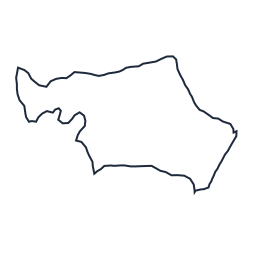 Vatili, Cyprus (Albers equal-area conic projection), rotated 266°
{"feature_id": "46923920B79733432634450", "entity_name": "Vatili", "entity_type": "district", "adm_level": 2, "iso_a3": "CYP", "parent_name": "Cyprus", "parent_adm1": "", "projection": "albers", "projection_center": [33.661, 35.144], "detail": "fine", "context": "isolated", "style": "outline", "palette": "slate", "viewbox_px": 256, "rotation_deg": 266, "n_neighbors": 0, "source": "geoboundaries", "source_scale": "gbopen_adm2", "svg_char_len": 1663}
<svg xmlns="http://www.w3.org/2000/svg" viewBox="0 0 256 256"><g transform="rotate(266 128 128)"><path d="M169.3,20.2L163.2,21.8L157.3,26.1L149.2,26.7L146.0,27.1L141.1,29.7L141.6,32.0L141.4,33.6L140.7,36.7L145.0,39.4L148.3,43.3L150.5,48.2L148.6,54.1L151.5,56.7L152.5,60.3L149.9,62.2L146.0,60.9L141.1,59.0L137.2,63.2L137.2,68.8L141.1,73.0L144.4,75.6L147.0,80.8L143.4,85.0L138.2,86.0L133.0,85.0L128.1,79.8L124.6,77.5L119.1,75.3L117.4,80.5L111.6,84.7L106.7,86.0L103.2,87.3L96.7,90.2L92.8,90.2L84.7,91.2L87.0,94.2L88.9,98.1L91.8,101.7L91.8,108.2L91.2,111.8L91.2,118.6L90.8,122.5L89.5,128.0L89.2,132.3L88.9,141.4L88.6,148.9L85.6,153.5L83.0,157.4L81.4,162.6L77.8,168.1L77.5,174.3L76.5,180.8L73.0,186.4L67.1,189.6L62.3,190.0L59.6,190.0L59.4,190.0L60.2,190.6L60.8,191.1L61.6,195.9L61.7,199.3L63.0,204.1L66.5,205.5L68.7,207.2L71.5,208.5L74.4,210.2L78.2,212.0L81.1,214.4L85.2,216.7L88.5,219.1L94.9,223.0L98.0,225.9L103.0,229.1L107.3,232.0L112.3,235.5L117.2,236.0L116.1,233.0L119.7,233.0L124.9,230.4L127.8,223.2L131.1,218.7L132.0,213.5L135.0,209.9L139.2,204.7L141.1,200.7L145.7,197.5L148.9,195.8L154.8,193.9L157.7,192.3L162.5,190.6L166.8,188.0L172.3,186.1L177.1,183.8L183.3,181.5L188.8,181.2L193.0,180.8L196.3,177.9L196.6,171.7L194.7,166.2L192.4,160.6L191.7,154.1L191.1,147.6L188.8,143.0L188.8,135.2L188.2,130.3L186.2,126.7L184.9,123.2L184.3,118.9L183.9,112.4L182.6,107.8L182.0,102.6L183.0,99.0L184.6,94.5L185.9,88.9L187.5,78.5L184.3,74.0L182.0,70.0L182.6,65.2L182.0,59.6L180.0,54.1L174.8,49.5L176.8,42.4L180.7,38.1L183.9,34.9L189.8,32.3L193.0,28.7L195.9,22.5L190.7,21.2L185.9,19.9L179.7,20.2L174.5,19.9L169.3,20.2Z" fill="none" stroke="#1e293b" stroke-width="2"/></g></svg>